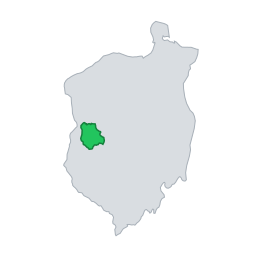 Bistrita-Nasaud highlighted on a map of Romania, rotated 274°
{"feature_id": "ROU-295", "entity_name": "Bistrita-Nasaud", "entity_type": "County", "adm_level": 1, "iso_a3": "ROU", "parent_name": "Romania", "parent_adm1": "", "projection": "natural_earth1", "projection_center": [24.568, 47.164], "detail": "fine", "context": "in_parent", "style": "filled", "palette": "green", "viewbox_px": 256, "rotation_deg": 274, "n_neighbors": 0, "source": "natural_earth", "source_scale": "10m", "svg_char_len": 4911}
<svg xmlns="http://www.w3.org/2000/svg" viewBox="0 0 256 256"><g transform="rotate(274 128 128)"><path d="M201.9,142.7L204.4,145.7L207.5,147.3L214.6,149.0L215.2,148.8L215.3,148.5L214.8,148.1L214.7,147.5L215.0,146.8L216.0,146.8L217.6,147.4L220.7,146.5L225.1,144.1L229.2,143.6L233.0,145.0L235.0,146.7L236.3,148.3L235.9,150.2L235.7,151.4L234.8,156.4L234.2,158.3L233.1,160.4L221.4,162.9L222.2,161.7L221.9,159.6L221.4,158.0L222.4,156.6L219.8,156.0L218.6,156.8L217.8,158.2L218.6,161.4L217.4,163.1L216.9,164.1L216.9,166.4L216.1,167.4L216.0,168.5L217.9,168.2L217.1,170.2L213.6,174.1L212.4,176.3L212.9,185.4L211.4,190.9L211.3,192.5L207.5,192.5L206.4,192.4L202.9,191.6L198.9,190.1L196.5,187.3L195.0,185.3L191.6,186.2L191.0,186.0L190.1,185.0L187.5,184.4L184.4,184.4L177.3,180.7L176.5,180.1L171.0,180.7L162.8,182.5L156.5,184.8L150.0,188.7L147.4,191.8L144.3,193.4L139.9,194.6L132.1,194.1L124.0,192.6L115.3,191.0L110.6,191.9L104.2,191.2L94.6,189.2L87.5,188.6L80.4,189.8L79.2,188.9L79.0,187.9L79.3,186.5L80.3,185.3L82.0,184.5L82.9,183.6L83.0,182.7L81.1,181.2L77.2,179.3L75.5,178.0L75.2,177.7L75.1,176.6L74.2,175.7L72.7,175.1L71.6,173.9L70.7,172.3L70.9,170.7L72.1,169.2L73.7,168.6L75.5,168.8L76.3,168.3L76.0,167.3L74.2,166.0L70.9,164.4L67.5,165.3L64.0,168.6L61.5,169.2L60.0,166.9L57.3,165.5L53.5,165.1L51.1,164.3L50.2,162.9L48.5,161.9L44.8,160.9L44.7,159.8L45.3,159.6L46.7,159.5L48.5,159.3L48.8,158.7L48.8,158.2L47.4,157.5L46.0,157.1L45.2,156.6L44.8,156.1L44.7,155.6L45.1,155.2L45.7,155.2L46.2,154.9L46.6,153.6L47.4,152.6L47.9,152.3L47.9,151.5L47.3,150.8L46.5,150.2L45.4,149.9L41.9,148.8L40.1,147.3L39.0,147.3L37.3,146.5L35.4,145.2L33.8,143.4L32.1,142.2L31.6,141.7L31.6,141.3L31.9,140.8L31.9,140.2L31.5,138.5L31.8,136.6L31.8,134.8L31.7,134.0L31.4,133.8L31.1,134.1L30.7,134.4L30.2,134.5L29.0,133.2L27.4,130.6L26.3,129.7L24.1,128.5L22.3,127.5L21.1,125.3L19.7,123.6L20.6,122.9L25.8,121.9L28.2,122.9L29.3,122.6L30.4,121.8L31.0,121.2L31.1,120.5L31.6,119.7L33.4,119.3L38.0,119.8L39.9,118.6L40.6,118.0L41.0,116.6L41.5,115.4L43.2,114.8L43.2,113.8L43.0,112.7L44.0,110.2L44.6,109.2L45.5,108.8L46.6,108.0L48.6,106.4L48.2,105.0L48.6,103.9L50.7,101.4L52.2,98.9L52.2,97.7L52.5,96.6L53.9,95.4L55.3,93.9L57.3,89.0L58.0,88.2L59.2,87.3L60.2,86.4L60.3,83.3L61.2,82.4L62.9,81.3L64.5,79.7L65.9,77.8L67.0,76.8L68.3,76.6L69.8,75.8L71.5,75.6L73.1,75.9L74.2,75.7L75.7,74.8L79.7,71.2L80.3,70.5L81.1,70.0L84.3,68.8L85.1,67.6L86.2,66.5L87.6,66.6L92.3,69.3L97.3,69.1L98.2,69.2L98.5,69.3L99.1,69.5L105.7,70.9L106.7,70.7L107.0,70.6L109.7,71.7L112.0,71.6L114.2,70.8L116.6,70.5L118.7,71.0L120.4,72.6L124.6,75.9L125.8,77.1L127.8,77.0L129.9,76.3L132.1,74.1L138.7,71.6L143.8,71.0L148.8,69.9L154.5,69.2L156.1,67.2L157.1,65.7L157.7,63.1L160.8,62.4L163.7,61.9L164.7,61.5L166.9,61.4L168.5,61.6L171.1,62.9L172.9,64.5L173.7,65.8L175.2,67.6L176.9,70.2L178.7,73.6L179.1,75.3L179.8,77.1L181.1,79.4L183.7,81.9L184.1,82.4L185.3,84.1L187.5,88.0L189.4,89.6L191.1,91.3L191.9,93.0L193.1,94.5L195.8,96.6L198.1,98.5L199.9,103.9L201.2,106.3L202.0,108.2L201.7,112.1L202.2,113.7L201.3,116.7L199.5,122.8L199.1,127.6L199.5,130.2L199.6,131.8L200.0,132.9L200.5,135.1L200.7,137.0L200.0,137.6L199.1,138.0L198.7,138.4L199.6,139.3L200.8,140.9L201.9,142.7Z" fill="#d9dde1" stroke="#a8b0b8" stroke-width="1"/><path d="M110.0,104.1L110.5,103.2L110.7,102.8L110.8,101.6L110.9,101.2L111.0,100.8L110.9,100.4L110.5,100.0L109.7,99.6L109.4,99.4L109.2,99.1L109.2,98.8L109.2,98.6L109.3,98.4L109.2,98.2L108.8,97.9L108.7,97.8L108.7,97.3L108.7,97.0L108.8,96.6L108.9,96.2L108.8,95.9L108.5,95.5L108.1,95.3L107.6,95.0L107.4,94.9L106.9,94.5L106.6,94.3L105.3,94.0L105.0,93.9L104.7,93.6L104.6,93.4L104.5,93.0L104.2,91.4L104.1,91.1L104.1,90.7L104.3,90.5L105.0,89.9L105.3,89.6L105.6,89.3L105.8,88.5L106.6,87.7L108.0,86.0L108.2,85.7L108.3,85.4L108.3,85.0L108.3,84.8L108.5,84.7L108.8,84.5L110.7,84.2L111.2,83.9L111.4,83.7L111.8,82.8L112.0,82.5L112.3,82.3L113.9,81.7L114.3,81.6L118.5,82.5L122.8,82.4L123.3,82.2L123.6,82.0L124.6,81.3L125.3,81.0L127.3,81.0L127.5,81.3L129.3,82.6L129.9,83.2L130.2,83.6L130.3,83.9L130.3,84.2L130.2,84.6L129.9,84.9L129.6,85.0L129.3,85.1L129.2,85.3L129.2,85.6L129.3,85.7L129.4,85.9L129.4,86.0L129.4,86.3L129.1,86.4L128.8,86.4L128.6,86.4L128.4,86.5L128.4,86.9L128.6,87.2L129.0,87.7L129.2,87.9L129.5,88.5L129.6,89.1L129.4,89.6L129.1,90.0L128.9,90.4L128.9,90.7L129.2,91.0L129.4,91.1L129.7,91.1L129.9,91.0L130.0,91.1L129.9,91.7L129.8,92.0L129.7,92.9L129.8,94.9L128.1,95.5L126.6,95.7L126.0,95.9L125.3,96.3L124.1,97.2L123.9,97.4L123.6,98.1L123.5,98.3L122.9,99.1L122.8,99.5L122.6,99.9L122.5,100.7L122.3,100.9L122.0,101.0L121.6,101.0L121.2,100.8L120.6,100.5L120.3,100.3L120.0,100.3L119.8,100.3L119.4,100.5L118.8,100.9L118.3,101.4L118.1,101.8L117.9,102.3L117.8,102.5L117.3,103.0L117.2,103.2L117.1,103.6L117.1,103.9L117.0,104.2L116.9,104.4L116.6,104.6L116.1,104.7L115.3,104.8L114.3,105.2L113.9,105.2L113.4,105.2L111.9,104.9L110.0,104.1Z" fill="#22c55e" stroke="#15803d" stroke-width="1.5"/></g></svg>